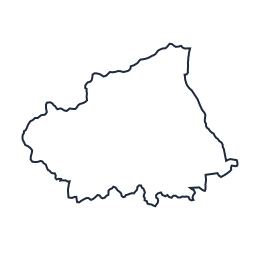 Santa Teresa, Espírito Santo, Brazil, rotated 355°
{"feature_id": "56859067B94246844469719", "entity_name": "Santa Teresa", "entity_type": "district", "adm_level": 2, "iso_a3": "BRA", "parent_name": "Brazil", "parent_adm1": "Espírito Santo", "projection": "mercator", "projection_center": [-40.64, -19.868], "detail": "fine", "context": "isolated", "style": "outline", "palette": "slate", "viewbox_px": 256, "rotation_deg": 355, "n_neighbors": 0, "source": "geoboundaries", "source_scale": "gbopen_adm2", "svg_char_len": 3621}
<svg xmlns="http://www.w3.org/2000/svg" viewBox="0 0 256 256"><g transform="rotate(355 128 128)"><path d="M205.4,119.3L203.5,116.6L201.8,112.0L199.8,105.4L194.8,96.1L193.4,94.7L192.1,93.1L190.4,90.2L189.7,87.6L189.2,84.8L189.2,81.8L189.0,79.8L191.0,79.7L192.5,78.0L192.7,74.8L193.1,72.6L193.3,70.4L193.4,67.9L193.9,65.7L194.2,63.3L194.9,60.7L195.2,58.9L195.9,56.7L196.8,54.1L191.3,53.7L189.4,52.6L188.0,50.8L185.4,51.3L182.6,51.3L181.1,50.2L179.2,48.3L176.8,47.7L174.4,50.2L172.4,51.8L169.3,51.8L166.3,52.8L164.3,53.8L163.1,55.3L161.7,56.8L160.0,57.7L157.9,58.3L156.4,59.1L154.5,59.8L152.6,60.4L150.9,60.6L148.9,60.9L146.4,60.9L144.9,62.2L143.4,63.9L139.8,65.9L137.7,66.4L136.1,66.8L135.6,69.1L133.9,70.7L132.2,71.3L130.0,71.6L128.1,71.8L125.2,70.7L122.9,70.4L120.9,70.9L118.9,71.1L116.8,71.1L114.9,70.6L113.0,72.2L110.7,74.0L108.2,74.6L104.8,72.0L101.8,70.9L99.3,70.6L97.5,71.6L96.8,74.7L96.0,77.2L94.4,78.6L92.0,79.0L90.7,80.0L89.1,82.1L88.9,84.4L90.2,85.4L89.9,87.5L90.1,90.3L89.5,92.8L89.5,94.7L89.6,96.9L87.6,98.4L85.5,99.2L82.2,99.9L80.2,101.1L79.0,102.8L77.2,104.5L74.3,104.1L71.7,103.5L69.9,104.7L68.4,105.7L66.1,105.0L64.7,103.9L63.1,102.8L61.5,102.7L59.4,103.2L58.2,101.7L57.4,99.9L55.8,98.7L54.9,97.0L52.7,95.6L49.5,95.7L48.4,97.4L48.2,99.5L48.1,101.6L48.3,103.4L48.5,105.1L47.5,106.5L46.1,107.6L44.0,107.5L42.4,107.8L38.9,110.2L36.3,109.9L33.8,111.8L31.3,112.8L29.8,114.6L28.5,116.4L27.4,118.8L25.8,121.3L24.1,122.1L23.9,123.9L22.5,125.8L22.0,128.4L22.1,130.5L23.1,133.0L24.2,136.0L26.9,137.5L29.1,139.6L30.6,141.9L30.1,144.1L29.4,146.0L28.6,148.4L28.3,150.9L29.8,153.3L31.5,153.6L33.1,153.9L35.0,153.9L38.1,153.2L39.8,153.9L40.8,155.6L42.9,157.3L43.7,160.3L44.5,162.7L46.2,163.8L47.4,165.6L48.8,166.5L51.1,166.8L51.9,169.0L51.3,171.3L52.3,173.0L54.4,172.6L56.7,172.9L56.0,174.5L57.8,174.3L59.4,174.7L61.4,174.7L63.1,176.1L65.2,176.0L64.0,179.3L63.7,181.1L63.0,183.2L62.7,185.7L62.7,192.0L66.2,192.8L68.6,192.0L70.5,192.1L70.6,194.5L70.9,197.4L73.0,197.8L74.6,196.7L77.6,195.3L80.3,194.2L82.4,194.3L84.9,196.4L87.0,195.7L88.6,194.7L90.1,193.5L92.0,192.1L94.0,192.8L94.8,194.6L96.4,195.8L98.6,195.5L100.5,193.7L102.6,192.9L102.9,190.9L103.1,188.8L104.4,187.6L106.9,186.7L108.3,185.2L110.4,186.2L111.5,188.0L112.4,189.4L114.0,190.8L115.4,192.4L115.8,195.2L117.3,196.5L118.9,196.2L119.9,194.7L122.2,194.3L124.1,193.7L126.1,193.3L128.2,193.6L129.7,192.0L131.6,190.3L132.3,187.5L134.1,186.1L136.1,186.5L136.6,188.7L138.0,189.6L138.7,191.7L139.2,193.7L138.1,196.0L137.6,197.7L138.6,199.1L138.2,201.4L140.3,202.5L140.9,205.1L142.7,205.8L145.0,206.3L146.4,207.4L148.3,208.3L149.7,206.7L151.1,205.0L151.7,202.9L151.4,200.9L150.0,199.8L150.2,197.3L151.9,195.9L153.4,195.4L155.3,195.1L156.3,197.6L159.2,199.3L161.4,198.2L162.8,200.2L165.3,201.3L167.2,199.4L169.6,199.6L171.6,201.5L174.1,201.8L176.0,201.0L178.2,201.4L180.5,201.4L182.3,202.0L183.1,204.5L184.9,205.6L186.9,205.4L186.2,202.8L187.3,200.4L189.1,198.5L188.3,195.7L186.3,194.5L184.8,193.1L193.7,193.4L195.7,195.3L197.6,196.8L199.2,197.3L199.9,195.6L200.1,193.3L200.2,191.1L200.7,189.1L201.2,186.7L201.2,184.2L201.2,181.4L213.2,180.8L214.3,183.2L216.4,184.9L219.2,183.7L221.2,182.7L223.3,181.5L225.6,180.1L227.2,178.5L227.1,176.7L228.0,174.5L230.0,174.9L231.7,175.5L233.6,175.0L234.0,172.2L233.5,169.5L231.2,168.9L229.2,168.4L227.1,167.9L224.9,168.4L222.9,169.3L221.6,157.2L220.7,155.1L220.9,153.2L220.0,150.7L217.9,149.1L216.5,146.7L214.9,145.4L213.6,143.2L212.8,141.0L211.0,139.9L209.3,138.0L208.4,136.1L206.8,134.8L205.9,133.0L206.1,130.6L205.1,128.6L205.3,126.1L205.8,124.0L206.2,121.7L205.4,119.3Z" fill="none" stroke="#1e293b" stroke-width="2"/></g></svg>